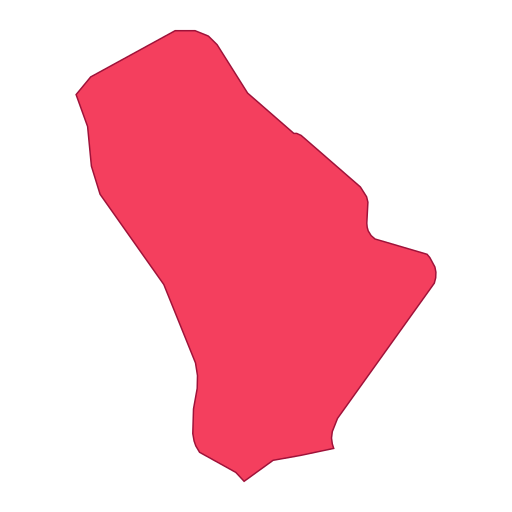 Islington, Albers equal-area conic projection
{"feature_id": "GBR-2071", "entity_name": "Islington", "entity_type": "London Borough", "adm_level": 1, "iso_a3": "GBR", "parent_name": "United Kingdom", "parent_adm1": "", "projection": "albers", "projection_center": [-0.097, 51.547], "detail": "fine", "context": "isolated", "style": "filled", "palette": "rose", "viewbox_px": 512, "rotation_deg": 0, "n_neighbors": 0, "source": "natural_earth", "source_scale": "10m", "svg_char_len": 673}
<svg xmlns="http://www.w3.org/2000/svg" viewBox="0 0 512 512"><path d="M244.1,481.3L235.8,472.4L199.6,452.3L195.8,445.9L194.1,441.0L192.8,433.6L193.5,409.0L197.2,388.4L197.5,375.6L195.5,362.9L163.8,284.5L100.1,194.3L91.4,166.1L87.6,126.5L76.1,94.6L90.7,76.9L175.1,30.7L195.1,30.7L208.4,36.1L217.1,44.7L247.6,93.1L293.8,133.4L296.7,133.4L301.1,135.4L360.4,187.0L366.6,196.8L367.9,202.2L366.8,223.3L367.2,227.3L368.2,230.9L371.1,235.6L375.0,239.0L427.1,254.3L429.9,257.7L434.9,267.0L435.9,272.2L435.7,277.8L434.3,283.2L337.5,418.4L332.3,431.6L331.5,438.0L332.3,443.9L333.7,448.4L300.6,455.4L273.1,460.3L244.1,481.3Z" fill="#f43f5e" stroke="#9f1239" stroke-width="1.5"/></svg>